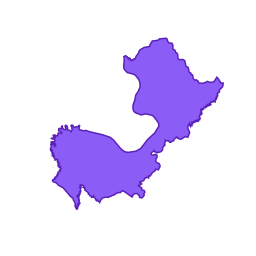 the district of Chiang Saen, Chiang Rai, Thailand, rotated 303°
{"feature_id": "78962969B57964456122026", "entity_name": "Chiang Saen", "entity_type": "district", "adm_level": 2, "iso_a3": "THA", "parent_name": "Thailand", "parent_adm1": "Chiang Rai", "projection": "mercator", "projection_center": [100.131, 20.291], "detail": "fine", "context": "isolated", "style": "filled", "palette": "violet", "viewbox_px": 256, "rotation_deg": 303, "n_neighbors": 0, "source": "geoboundaries", "source_scale": "gbopen_adm2", "svg_char_len": 5766}
<svg xmlns="http://www.w3.org/2000/svg" viewBox="0 0 256 256"><g transform="rotate(303 128 128)"><path d="M185.6,85.6L183.7,87.4L177.1,91.0L175.9,91.9L174.9,93.7L174.1,97.3L176.0,102.7L176.3,105.6L174.4,110.8L172.5,113.3L168.9,115.8L164.3,116.6L159.8,116.6L155.2,118.5L150.6,119.5L148.0,120.8L145.5,123.1L144.9,124.9L145.0,126.8L146.1,131.9L149.5,135.1L151.8,141.4L151.5,143.7L148.9,150.7L147.0,152.5L146.1,152.9L138.4,153.1L128.9,150.7L117.7,149.8L112.9,147.3L107.8,141.6L106.4,138.6L106.3,136.0L106.9,132.5L109.9,122.8L110.5,118.4L108.6,110.6L104.0,98.0L103.0,93.9L101.3,92.2L100.9,90.2L100.2,88.9L100.4,87.5L103.4,86.3L103.6,85.6L101.5,85.0L100.4,83.4L99.1,82.8L99.0,82.2L100.1,80.4L100.0,79.4L99.4,79.0L98.8,79.0L97.8,80.7L95.6,82.3L94.0,82.3L94.3,80.0L93.5,78.8L93.5,78.1L95.1,77.4L96.5,75.6L96.5,74.4L95.3,74.1L93.8,76.2L92.4,76.3L91.9,75.0L92.1,73.3L93.9,71.9L93.2,71.5L91.3,72.6L90.5,70.9L89.7,70.4L87.9,71.2L88.5,73.8L87.8,75.3L87.0,75.1L86.2,72.3L85.0,72.3L83.6,73.1L82.6,72.8L82.3,70.2L81.0,69.2L80.5,69.8L80.9,71.8L80.1,72.4L79.9,71.1L78.7,70.7L78.1,69.6L77.5,69.5L78.3,72.5L77.7,73.6L76.6,73.6L75.7,73.0L74.7,71.2L73.6,71.6L73.4,72.7L74.9,73.7L75.3,74.7L74.7,76.2L73.6,77.0L72.9,76.7L73.5,76.5L74.1,74.7L73.0,74.2L72.8,72.8L72.2,72.3L70.2,74.1L68.9,74.1L68.7,74.8L67.8,74.7L67.9,75.6L67.0,75.6L66.5,76.9L67.2,76.8L67.3,76.2L67.9,76.7L66.4,77.4L66.0,79.2L65.0,78.5L64.7,80.4L64.4,80.0L64.0,80.2L63.5,79.8L63.7,81.6L62.8,81.9L62.3,83.6L61.4,84.3L63.1,85.6L62.7,85.7L62.6,86.7L61.5,88.2L61.3,87.3L60.9,87.6L61.3,88.6L60.5,88.8L60.8,89.4L59.7,89.1L59.7,89.5L59.2,89.3L58.0,90.1L59.1,91.5L58.8,92.0L57.8,91.9L58.5,92.7L57.4,93.3L57.7,93.5L57.2,94.1L56.4,93.8L55.4,94.6L55.0,94.5L55.2,93.7L53.6,94.0L52.9,93.4L52.1,93.7L51.9,94.3L50.9,94.0L50.5,94.5L50.0,94.0L49.4,94.7L48.1,94.0L47.6,94.6L46.7,94.4L45.8,94.8L45.5,94.3L45.8,93.8L45.0,94.1L43.6,93.1L42.5,93.5L42.2,95.2L42.8,96.9L42.8,98.5L42.1,100.7L42.5,106.1L40.1,114.6L39.3,116.5L39.1,120.1L37.7,121.6L36.8,123.8L35.1,125.4L35.0,126.1L33.8,125.9L31.9,129.1L32.9,129.6L33.5,129.3L33.5,128.3L34.3,128.4L34.4,128.0L35.1,128.4L35.0,128.9L36.2,128.7L36.3,128.0L36.7,128.3L37.2,127.6L37.5,128.6L38.4,128.7L38.6,127.9L39.2,128.0L39.7,126.9L40.4,126.7L40.5,126.1L41.1,126.2L41.1,125.7L43.1,124.6L42.5,123.9L43.3,123.2L43.0,122.5L44.0,122.4L44.0,123.6L44.7,123.9L45.7,123.7L45.7,123.1L46.5,123.6L47.0,122.7L47.8,123.3L48.5,122.8L48.6,122.2L49.5,122.8L51.6,120.4L52.1,120.8L51.7,121.6L52.5,121.0L52.3,119.9L53.3,120.3L53.8,119.0L54.3,119.1L54.3,120.2L55.1,120.2L55.3,122.6L54.7,122.9L53.7,122.7L53.7,123.4L54.4,124.3L52.5,125.6L52.1,130.0L50.9,130.8L51.1,131.7L50.4,133.0L50.8,134.2L50.0,135.2L50.5,135.8L52.3,136.1L51.2,137.1L51.6,138.0L50.0,140.5L50.0,141.1L50.7,141.3L50.1,141.9L50.7,142.4L50.3,143.6L50.7,144.2L50.3,144.8L53.1,144.4L55.4,144.7L58.0,147.1L59.3,149.6L60.4,149.6L61.2,150.8L62.5,151.3L65.0,153.3L66.6,153.6L68.9,155.4L69.4,156.6L72.3,157.4L72.7,159.9L72.3,168.9L73.3,169.1L74.4,168.4L76.7,169.5L78.0,171.3L77.4,174.3L76.0,175.6L76.8,177.4L77.7,178.0L80.6,178.2L81.3,177.1L83.3,177.1L84.4,175.7L83.7,173.4L85.4,171.8L85.0,170.6L85.3,168.2L85.9,168.1L86.9,169.4L88.6,169.9L88.9,169.4L88.4,168.0L89.1,167.3L92.4,169.8L95.0,169.6L96.9,170.6L97.3,172.5L99.0,171.4L99.7,172.7L104.3,172.8L106.7,174.0L108.7,173.7L109.4,176.2L113.4,175.8L115.1,173.8L114.7,170.6L115.1,169.5L116.9,168.5L119.5,168.2L120.9,167.2L120.9,165.3L119.1,164.0L118.4,162.9L118.7,161.6L119.9,161.2L123.4,162.2L122.6,163.4L123.2,165.3L122.9,165.8L126.2,168.6L128.4,168.9L130.7,167.7L134.0,168.2L134.3,167.1L135.8,167.1L138.2,165.9L138.3,167.6L139.4,168.7L138.7,170.8L139.2,171.6L141.6,172.5L142.0,173.2L143.5,172.8L147.1,173.9L146.4,175.3L147.3,178.5L151.9,180.6L152.8,183.2L157.8,182.2L160.7,178.0L163.4,176.8L164.1,177.1L163.8,177.6L164.1,177.5L164.5,178.3L165.4,177.6L164.9,179.1L164.6,178.7L163.7,179.6L164.2,179.5L164.8,180.4L165.8,179.4L166.4,179.9L167.1,179.5L167.5,178.7L167.7,179.9L168.2,180.1L168.8,179.4L169.3,179.6L169.3,180.8L171.2,180.2L170.5,180.9L171.3,180.9L171.0,181.7L171.7,181.6L171.6,182.1L172.0,182.1L171.7,183.2L172.5,183.3L173.4,182.5L174.0,183.6L175.4,183.2L175.3,182.5L176.0,182.5L176.8,181.4L178.2,181.2L179.1,182.2L179.8,180.9L180.3,181.6L180.4,180.9L181.1,181.3L182.0,179.9L182.4,180.2L182.7,179.8L182.9,180.4L183.2,180.4L183.5,179.5L183.8,180.1L184.2,179.8L184.9,180.3L184.5,181.5L185.3,180.7L186.7,180.6L187.1,181.0L187.0,181.7L188.0,182.0L188.0,181.3L189.2,181.3L188.9,182.3L189.6,182.2L189.8,182.8L191.1,181.9L191.6,182.6L191.4,182.9L191.8,183.0L191.2,183.7L191.8,183.9L191.7,184.3L192.1,184.6L192.9,184.7L193.4,183.2L193.7,183.5L194.7,183.3L195.1,184.0L195.9,184.0L196.0,184.9L196.8,185.2L196.8,185.8L196.3,185.9L197.1,185.9L197.5,185.5L197.5,186.8L198.5,186.0L199.8,185.8L200.0,186.2L200.7,185.5L200.8,186.0L201.3,185.7L201.8,186.1L202.4,185.4L203.7,185.7L203.9,185.0L204.7,185.2L205.4,184.3L206.1,184.1L207.9,185.1L209.9,183.9L213.6,184.9L215.5,184.4L217.5,183.4L216.4,181.3L218.6,176.7L218.9,174.8L214.6,175.0L213.1,174.5L211.9,173.4L210.6,170.9L210.3,169.1L208.1,168.0L206.0,166.1L204.6,163.5L204.5,162.5L205.4,161.4L205.6,160.0L205.5,158.8L204.4,157.9L205.0,155.9L207.7,153.2L207.2,151.8L208.3,150.8L208.3,148.4L210.1,147.1L211.6,145.3L211.2,143.2L215.4,138.9L215.4,136.8L213.4,134.0L213.2,132.3L216.7,129.7L217.3,128.7L217.4,126.8L218.7,125.3L218.7,122.6L221.7,120.7L222.9,119.1L222.9,118.1L221.6,116.2L222.4,114.0L224.1,111.9L224.1,111.2L219.8,105.7L217.9,105.4L214.2,101.0L209.8,101.1L208.1,101.7L204.4,97.7L200.1,95.5L198.6,95.4L196.3,96.1L192.8,95.7L189.9,96.4L189.4,95.4L188.4,95.5L187.8,94.7L186.6,94.6L186.2,94.0L186.7,93.4L186.5,93.0L186.9,93.1L187.5,92.1L187.5,91.3L187.2,90.5L186.3,90.5L187.3,88.7L187.3,86.6L185.6,85.6Z" fill="#8b5cf6" stroke="#5b21b6" stroke-width="1.5"/></g></svg>